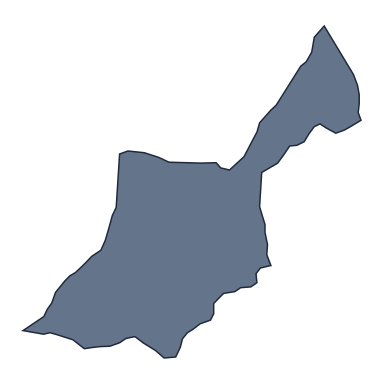 the district of Tenório, Paraíba, Brazil
{"feature_id": "56859067B37048912753214", "entity_name": "Tenório", "entity_type": "district", "adm_level": 2, "iso_a3": "BRA", "parent_name": "Brazil", "parent_adm1": "Paraíba", "projection": "orthographic", "projection_center": [-36.622, -6.947], "detail": "fine", "context": "isolated", "style": "filled", "palette": "slate", "viewbox_px": 384, "rotation_deg": 0, "n_neighbors": 0, "source": "geoboundaries", "source_scale": "gbopen_adm2", "svg_char_len": 1223}
<svg xmlns="http://www.w3.org/2000/svg" viewBox="0 0 384 384"><path d="M127.9,151.0L119.6,154.0L116.2,207.4L112.3,215.6L109.0,227.7L105.3,240.3L100.9,250.2L91.8,256.3L85.3,263.1L80.3,268.0L75.5,272.5L69.8,275.9L64.9,280.9L55.6,292.3L51.7,303.1L47.2,309.4L43.9,316.5L23.0,330.6L43.6,334.2L50.0,332.7L57.4,334.8L73.0,339.8L84.3,348.7L92.9,347.4L100.3,346.6L109.9,346.2L119.7,342.7L126.1,338.4L135.0,336.6L143.5,343.1L155.5,350.5L164.1,358.0L175.7,357.0L180.3,347.3L182.5,338.8L187.4,332.7L193.1,329.2L200.1,323.8L210.5,320.1L213.7,313.7L213.7,303.5L218.5,298.5L223.6,293.4L234.9,291.6L240.6,287.7L250.8,286.9L256.9,282.7L256.0,273.7L260.4,268.0L270.9,265.5L266.8,254.8L267.5,244.5L265.0,232.4L265.0,224.5L262.5,216.4L259.6,206.7L261.7,172.5L277.7,163.1L283.8,154.7L289.7,146.0L296.9,145.3L304.2,141.7L308.9,133.9L314.2,126.7L320.0,123.9L326.6,128.2L335.8,133.2L344.3,130.1L351.0,126.3L361.0,120.3L358.2,112.5L359.2,103.9L359.2,94.6L357.5,85.4L353.5,74.6L324.2,26.0L314.3,37.2L311.7,52.2L306.2,61.8L300.8,66.1L276.3,105.0L271.1,109.9L259.6,122.8L257.1,131.7L244.0,156.7L229.5,170.0L220.7,167.9L216.1,162.7L200.8,163.1L168.9,162.2L158.7,157.4L144.2,152.7L127.9,151.0Z" fill="#64748b" stroke="#1e293b" stroke-width="1.5"/></svg>